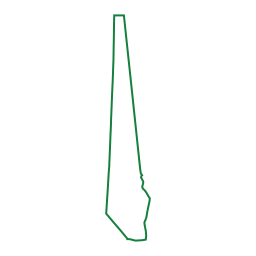 Al Buhaira, River Nile, Sudan
{"feature_id": "16777658B74414599531320", "entity_name": "Al Buhaira", "entity_type": "district", "adm_level": 2, "iso_a3": "SDN", "parent_name": "Sudan", "parent_adm1": "River Nile", "projection": "natural_earth1", "projection_center": [32.571, 20.233], "detail": "fine", "context": "isolated", "style": "outline", "palette": "green", "viewbox_px": 256, "rotation_deg": 0, "n_neighbors": 0, "source": "geoboundaries", "source_scale": "gbopen_adm2", "svg_char_len": 1288}
<svg xmlns="http://www.w3.org/2000/svg" viewBox="0 0 256 256"><path d="M123.9,15.4L120.0,15.4L115.2,15.4L114.7,15.4L114.2,15.4L114.2,15.5L114.2,16.5L114.1,20.6L114.1,21.1L114.1,21.3L114.0,24.8L113.9,34.0L113.9,34.8L113.7,45.5L113.5,57.4L113.5,58.0L113.5,58.9L113.5,59.6L113.4,61.4L112.7,81.1L112.4,86.9L112.0,96.6L111.4,112.3L111.2,116.3L111.0,122.2L110.9,125.7L110.7,131.1L110.6,131.8L109.9,150.1L109.7,154.5L109.5,159.8L109.3,163.1L109.3,165.4L109.3,165.8L109.3,166.2L109.1,167.9L108.7,173.2L107.5,193.4L107.3,196.4L107.2,197.9L107.1,199.3L107.0,200.8L106.3,212.1L106.2,212.4L106.2,213.5L107.0,214.6L108.2,216.0L110.2,218.4L111.2,219.5L112.0,220.5L112.5,221.1L112.9,221.6L113.2,221.9L114.4,223.3L116.2,225.4L117.4,226.8L120.9,230.9L125.4,236.3L126.3,237.4L126.9,238.1L127.4,238.7L127.4,239.1L128.2,239.1L129.9,239.2L134.1,240.3L135.6,240.6L142.3,240.2L145.3,239.7L145.8,239.6L145.9,238.4L146.2,235.7L145.8,230.8L145.2,227.9L144.5,224.1L144.4,222.5L146.3,217.7L147.0,213.7L147.1,212.7L148.9,204.0L149.6,200.8L149.6,200.2L149.8,198.2L148.6,196.6L146.3,192.5L144.6,190.2L142.9,188.7L142.2,186.9L143.2,183.1L143.2,181.5L141.0,177.3L141.5,175.8L142.1,175.3L140.8,173.3L140.2,169.4L132.5,96.4L130.8,80.4L124.0,16.5L123.9,15.5L123.9,15.4Z" fill="none" stroke="#15803d" stroke-width="2"/></svg>